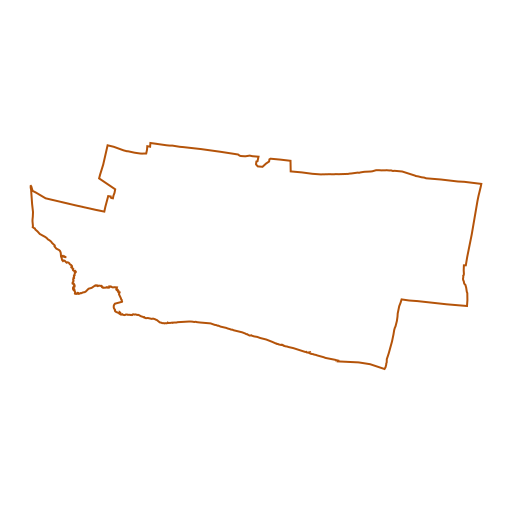 Seaca De Padure, Dolj, Romania (Albers equal-area conic projection)
{"feature_id": "2599482B71880041141531", "entity_name": "Seaca De Padure", "entity_type": "district", "adm_level": 2, "iso_a3": "ROU", "parent_name": "Romania", "parent_adm1": "Dolj", "projection": "albers", "projection_center": [23.279, 44.368], "detail": "fine", "context": "isolated", "style": "outline", "palette": "amber", "viewbox_px": 512, "rotation_deg": 0, "n_neighbors": 0, "source": "geoboundaries", "source_scale": "gbopen_adm2", "svg_char_len": 5944}
<svg xmlns="http://www.w3.org/2000/svg" viewBox="0 0 512 512"><path d="M370.1,364.2L384.5,369.0L385.5,367.3L386.2,364.7L386.2,363.8L386.7,362.3L386.8,359.1L387.8,356.2L388.8,353.1L392.0,341.5L393.5,334.3L394.2,330.0L394.8,327.9L395.5,326.4L396.9,320.9L397.5,316.6L397.7,313.5L399.2,306.2L400.5,302.9L401.6,299.4L409.1,300.5L417.5,301.1L446.7,304.3L467.0,306.0L467.4,300.1L467.3,293.1L466.8,291.8L466.2,287.8L465.5,285.2L465.4,284.9L464.5,284.0L464.1,283.2L463.8,281.4L463.1,279.8L463.0,278.7L463.2,277.7L463.3,276.5L463.2,275.7L463.7,275.1L463.9,273.9L463.7,270.2L463.9,265.3L465.8,265.3L467.2,257.0L471.7,234.6L477.5,200.8L478.5,195.9L480.8,186.5L481.3,183.9L464.2,181.8L457.9,181.5L440.9,179.5L426.1,178.3L424.2,177.6L421.7,177.3L418.2,176.4L415.7,176.0L415.0,175.6L402.2,171.5L395.7,170.9L394.1,170.8L393.1,171.0L392.1,170.8L391.6,170.5L390.0,170.4L389.6,170.5L386.4,170.2L385.6,170.3L382.3,170.3L381.9,170.4L379.1,170.2L376.1,170.2L372.3,171.3L370.6,171.5L364.2,171.8L360.5,172.4L359.0,172.8L358.5,172.7L357.8,172.6L351.2,173.5L349.5,173.6L348.2,173.9L338.7,174.2L335.5,174.1L334.0,174.3L329.4,174.2L320.6,174.4L312.3,173.8L301.8,172.4L290.7,171.4L290.5,160.8L280.3,159.6L270.5,158.7L269.4,159.4L269.1,161.5L266.0,163.6L262.5,166.8L257.8,166.4L256.5,165.0L256.0,164.2L256.4,161.5L257.5,161.2L258.5,156.7L252.4,156.2L249.7,155.6L245.4,156.3L241.9,156.1L240.2,155.9L239.1,155.3L238.1,154.5L220.6,151.8L201.2,149.1L183.3,147.1L179.7,146.8L172.4,145.6L169.8,145.6L166.7,145.3L150.4,143.0L150.1,146.7L147.3,146.2L147.0,149.8L146.2,153.5L141.8,153.6L140.1,153.5L134.6,152.7L127.7,151.2L127.1,151.3L123.7,150.4L113.8,146.8L107.6,145.3L103.2,164.6L100.1,174.6L99.1,178.4L115.2,189.3L114.5,192.9L113.5,195.5L112.9,198.3L111.4,198.0L110.8,197.6L110.7,196.5L108.2,196.1L105.4,206.6L104.3,211.6L96.3,210.0L74.0,205.0L45.6,198.3L35.6,192.4L32.6,190.9L31.3,186.5L30.9,185.9L30.7,186.0L30.7,187.7L31.1,189.8L32.1,204.0L33.0,212.1L32.8,216.8L32.5,219.7L32.5,221.3L32.9,225.7L32.9,226.5L32.7,227.1L33.7,227.9L34.9,228.5L35.3,229.5L37.6,231.5L39.8,234.0L45.3,237.0L46.9,238.2L47.8,239.3L49.5,240.3L51.1,241.6L52.0,242.9L54.7,245.4L54.8,245.8L54.5,246.4L56.3,248.6L59.0,250.0L59.9,250.8L60.6,252.3L60.8,253.5L61.0,256.2L62.9,255.8L63.2,256.2L63.8,256.5L64.3,256.3L64.9,256.8L65.4,256.9L65.4,257.1L65.1,257.1L63.4,256.6L62.5,256.5L61.6,257.0L61.5,257.5L62.1,260.0L63.0,261.1L63.4,260.8L63.3,260.4L64.6,260.7L66.6,262.7L67.6,262.3L68.6,262.7L69.4,263.4L69.5,263.8L70.0,264.4L71.1,265.0L71.5,265.5L71.8,265.7L72.0,266.5L71.6,266.6L71.3,267.0L71.3,267.3L72.0,267.6L72.3,268.3L72.7,268.4L73.2,268.9L72.9,269.4L73.0,269.7L72.9,269.9L73.1,270.3L73.4,270.4L74.3,271.0L74.4,271.4L74.8,271.4L75.2,271.0L75.8,271.6L75.8,272.1L75.7,272.3L74.9,273.0L74.5,274.8L74.3,275.0L74.5,275.4L73.9,275.8L73.9,276.1L74.1,276.8L74.0,277.1L73.6,277.5L73.5,277.8L74.0,278.2L73.8,278.5L73.3,278.8L73.1,279.9L73.5,280.4L73.5,281.0L73.2,281.5L73.2,282.0L72.7,282.4L72.5,283.1L72.6,283.6L73.1,283.8L73.6,284.3L74.0,284.1L74.4,284.8L74.6,285.5L74.1,286.0L74.6,286.4L74.6,286.6L73.5,287.1L73.4,287.2L73.6,287.4L73.7,287.9L73.6,288.0L73.0,288.3L73.0,288.6L73.2,289.6L73.4,289.7L74.0,289.2L74.3,289.3L74.4,289.7L74.1,289.8L74.0,290.2L74.0,290.5L74.7,291.0L74.9,291.4L75.1,292.9L74.9,293.6L75.1,293.8L76.6,293.9L77.4,292.8L78.2,292.9L78.4,293.1L78.1,293.5L78.2,293.8L78.6,293.9L79.8,293.6L80.4,293.1L81.4,293.2L82.7,292.5L84.8,292.1L85.8,291.5L88.6,288.7L91.6,287.9L95.3,285.4L95.7,285.7L96.4,285.3L96.9,285.3L97.2,285.4L97.1,285.9L97.4,286.1L97.9,286.1L98.8,285.7L99.7,285.7L100.4,285.9L101.4,285.8L101.8,286.1L101.9,287.0L102.7,287.2L102.7,287.6L103.2,287.8L106.2,287.6L106.5,287.2L107.3,287.2L107.8,287.7L108.5,287.5L108.9,287.7L109.1,287.5L109.2,286.4L109.3,286.4L109.7,287.0L110.8,286.4L111.2,286.8L112.6,287.4L113.4,287.3L113.9,287.4L114.4,287.2L116.9,287.4L116.3,289.0L116.3,289.5L116.6,289.6L116.8,290.0L117.2,289.9L117.5,289.6L117.8,289.9L117.7,290.6L117.8,291.1L118.0,291.2L118.3,291.2L118.2,291.6L118.2,292.0L118.4,292.3L119.4,292.2L119.6,292.3L119.3,292.9L119.3,293.2L119.0,294.3L120.9,298.3L121.2,299.4L121.7,299.9L121.7,300.4L122.1,301.5L122.0,301.8L114.9,303.7L114.0,305.1L113.8,305.7L113.7,307.2L114.0,308.4L115.0,309.8L115.1,310.2L114.9,310.6L115.2,311.3L116.4,312.1L117.3,312.4L117.7,312.6L118.7,312.8L118.7,313.0L119.0,313.1L119.6,312.8L119.8,312.6L119.8,312.3L120.3,312.7L120.4,313.0L119.3,313.2L119.3,313.6L120.9,314.6L122.1,314.6L122.4,314.3L122.9,314.7L124.2,315.1L125.0,315.0L125.9,314.5L127.1,314.5L127.7,314.8L130.0,314.8L130.3,315.0L131.4,314.9L131.9,315.1L132.3,315.0L132.8,314.4L133.3,314.3L134.6,314.6L135.2,314.4L135.9,314.5L137.3,315.0L138.0,314.8L139.1,315.2L140.8,316.2L143.6,317.1L144.1,317.1L144.1,317.5L146.0,318.2L147.8,318.0L151.8,318.9L153.0,318.6L155.0,319.2L155.6,319.6L156.8,320.0L159.8,322.4L161.3,322.7L162.1,323.1L164.0,323.2L164.4,323.4L165.2,323.2L166.7,323.3L167.2,323.1L167.7,322.6L168.1,323.0L170.5,322.9L172.2,322.6L172.4,322.8L172.6,322.9L173.9,322.5L176.6,322.5L177.5,322.2L189.5,321.5L192.0,321.6L194.3,322.0L195.5,321.8L196.2,321.9L196.6,322.1L200.0,322.5L210.6,323.4L214.8,324.9L216.3,325.1L217.6,325.7L218.2,325.6L218.5,325.8L219.2,326.0L220.5,326.6L226.2,327.9L227.7,328.5L229.9,329.1L231.1,329.6L232.5,329.7L233.4,330.2L242.1,332.3L245.2,333.5L246.4,334.2L247.3,334.2L248.2,334.9L249.5,335.5L250.4,335.5L251.3,335.3L251.6,335.6L254.1,336.4L257.2,336.9L260.2,338.0L266.2,339.5L272.1,341.8L275.9,343.5L276.5,343.5L276.7,343.8L277.0,344.0L278.0,344.0L278.6,344.4L281.2,345.0L281.8,345.0L282.0,344.7L283.3,345.3L283.5,345.4L283.5,345.7L284.0,345.9L285.9,346.4L287.0,346.5L288.4,347.0L293.3,348.1L305.1,351.9L306.1,352.0L306.3,351.9L306.7,352.4L307.9,352.6L309.5,352.3L309.2,353.0L310.6,353.7L311.1,353.7L311.3,353.9L313.3,354.2L313.8,354.5L316.2,355.0L317.1,355.4L323.7,357.2L325.4,357.9L335.1,359.8L336.3,360.2L336.3,360.4L336.9,360.3L338.2,360.6L337.9,361.4L358.7,362.4L370.1,364.2Z" fill="none" stroke="#b45309" stroke-width="2"/></svg>